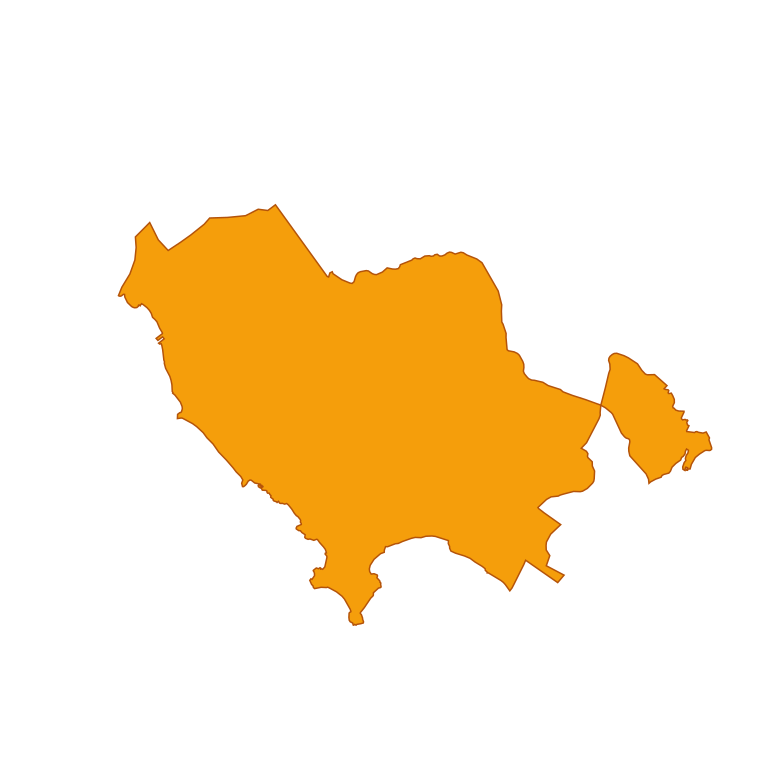 Cristo Rei, Dili, East Timor (orthographic projection), rotated 224°
{"feature_id": "22284137B23086342577141", "entity_name": "Cristo Rei", "entity_type": "district", "adm_level": 2, "iso_a3": "TLS", "parent_name": "East Timor", "parent_adm1": "Dili", "projection": "orthographic", "projection_center": [125.629, -8.561], "detail": "fine", "context": "isolated", "style": "filled", "palette": "amber", "viewbox_px": 768, "rotation_deg": 224, "n_neighbors": 0, "source": "geoboundaries", "source_scale": "gbopen_adm2", "svg_char_len": 6172}
<svg xmlns="http://www.w3.org/2000/svg" viewBox="0 0 768 768"><g transform="rotate(224 384 384)"><path d="M213.3,519.4L228.1,512.8L240.5,506.7L249.8,502.7L253.2,502.6L264.8,496.9L270.9,495.6L278.3,491.2L280.5,489.4L283.7,488.3L286.2,488.4L290.2,488.9L292.6,490.0L294.8,493.0L297.2,495.3L300.0,496.7L306.6,498.7L309.1,498.7L312.7,497.5L317.6,494.3L319.3,494.2L328.5,502.2L331.3,505.2L339.9,509.7L342.3,510.4L350.2,518.0L354.3,522.7L366.4,530.2L397.7,539.3L404.1,538.4L413.9,534.4L418.1,533.5L420.2,532.2L423.1,526.9L426.8,525.6L428.5,524.4L429.6,521.8L429.9,519.2L431.2,516.3L432.9,514.7L435.8,514.3L437.2,512.3L437.4,510.4L438.8,508.6L440.5,507.8L443.5,504.4L444.9,499.2L447.3,497.1L449.2,496.2L450.0,494.3L450.1,492.3L455.1,481.2L454.1,479.1L453.9,476.9L455.6,474.5L457.8,472.6L462.4,469.7L462.9,463.4L465.4,457.4L467.1,456.1L469.2,455.2L473.7,454.5L475.5,453.3L479.0,448.4L479.9,446.1L479.8,443.8L479.1,441.5L476.6,436.8L476.8,434.2L478.5,433.0L486.8,429.7L497.3,427.9L499.2,428.8L500.1,426.3L498.2,422.5L499.6,421.9L586.6,437.5L588.1,428.1L595.9,422.3L600.5,408.9L612.2,395.2L624.7,382.3L624.3,374.1L626.5,357.0L628.8,344.6L632.0,330.1L646.5,330.9L664.7,337.4L665.0,317.1L657.1,310.0L649.3,300.1L643.2,286.6L639.8,271.5L636.4,263.1L635.5,263.3L634.6,264.1L634.1,265.0L633.8,267.4L632.9,268.2L630.8,266.5L625.1,264.4L619.4,264.4L617.6,264.9L616.2,265.7L614.9,267.3L614.7,269.5L615.3,269.9L615.3,270.4L613.8,271.0L614.3,271.5L613.9,272.4L614.2,273.3L612.6,273.8L607.5,274.3L603.8,274.0L600.4,273.1L596.8,271.2L593.6,271.3L590.5,271.0L584.2,268.3L579.1,266.9L578.4,266.3L579.6,258.5L576.9,258.3L576.0,264.1L573.5,263.8L574.5,256.8L573.1,256.9L572.3,258.2L570.6,257.4L567.0,254.9L559.0,248.3L557.5,247.6L556.3,246.2L552.0,243.6L543.3,240.7L539.7,238.7L536.0,236.1L531.1,231.5L529.8,231.2L529.6,230.6L526.7,230.8L517.9,229.5L513.5,227.5L511.8,226.0L510.5,223.5L510.4,222.4L511.0,221.5L511.4,218.8L508.6,215.6L506.3,218.6L505.2,219.4L494.3,222.5L489.2,223.2L480.3,223.4L474.0,222.3L465.3,222.1L455.7,220.2L444.6,219.8L434.5,218.9L429.3,218.1L422.8,218.0L418.9,216.9L417.4,213.7L414.5,211.9L413.7,212.6L413.4,214.5L413.4,216.4L414.2,219.8L413.7,221.9L412.5,222.6L408.2,223.0L403.3,226.1L402.2,225.6L401.3,226.2L400.7,225.7L400.0,226.2L399.7,226.0L399.8,225.3L400.5,224.7L402.9,225.1L404.0,224.5L404.0,223.6L402.9,222.9L400.8,223.3L399.8,223.8L397.8,223.1L394.9,225.5L393.7,225.6L393.2,225.0L392.0,224.6L390.7,225.7L389.3,225.2L387.8,225.2L386.8,223.8L383.6,224.1L382.9,223.4L382.0,223.4L379.4,224.6L378.6,224.5L378.4,226.3L376.4,225.8L375.2,226.4L374.3,227.5L372.0,228.6L371.0,230.4L368.7,230.6L363.3,229.9L358.5,228.7L355.5,228.4L353.9,228.8L349.9,228.3L348.9,227.7L348.3,226.6L346.7,226.2L345.9,225.5L347.7,221.1L347.1,219.3L346.4,218.8L343.5,219.3L342.2,220.4L340.0,220.1L336.0,220.8L334.5,218.7L333.3,218.5L330.7,219.5L329.6,221.1L325.9,222.8L324.6,225.5L323.8,225.9L319.9,225.2L314.3,224.8L311.4,224.3L309.4,223.3L308.1,222.5L308.7,221.6L308.3,220.8L305.6,220.5L304.6,219.6L299.5,211.3L299.4,208.1L300.3,207.8L300.9,206.9L301.7,207.6L302.4,207.4L302.7,205.7L304.9,204.6L305.4,201.0L305.2,200.5L304.0,200.3L302.5,199.5L300.8,197.8L300.1,193.4L301.2,193.1L301.0,191.2L296.8,189.5L295.0,189.5L293.4,188.6L291.8,188.6L288.0,194.1L284.0,197.6L283.5,198.6L282.1,199.2L273.8,201.5L266.7,202.2L263.0,201.8L251.9,198.5L249.9,197.5L249.6,196.9L250.1,195.8L249.9,194.9L247.1,191.7L244.9,189.9L243.1,189.5L240.5,190.3L238.7,189.2L238.2,189.5L238.1,190.7L236.6,191.1L236.5,192.3L234.2,195.4L232.9,197.7L233.5,198.7L235.9,199.9L236.9,200.8L240.1,202.4L241.7,202.5L242.2,203.1L242.8,209.4L244.8,220.7L244.7,223.8L244.9,224.6L246.6,226.5L246.2,233.4L245.2,234.9L245.1,236.0L247.4,237.7L248.0,238.6L249.3,238.6L249.9,239.3L251.1,239.5L254.5,239.7L255.4,241.5L256.3,241.9L259.4,240.6L261.2,238.4L264.0,239.1L266.1,240.8L268.0,244.0L269.4,251.0L268.6,259.6L266.9,263.1L268.4,264.8L269.9,268.1L268.4,269.4L264.9,276.9L263.0,279.2L261.3,283.6L257.1,292.0L255.0,295.3L250.6,299.2L248.1,303.6L243.9,308.0L241.1,310.1L228.9,316.1L226.8,313.8L224.1,312.8L222.6,311.4L219.8,310.3L215.0,312.0L206.7,316.2L201.0,318.4L194.7,319.2L186.8,321.0L183.0,321.4L181.6,320.3L179.4,320.4L178.5,319.8L178.3,320.3L177.3,320.7L163.3,323.9L160.3,324.2L157.4,324.0L149.8,322.6L150.2,326.2L151.5,330.5L158.0,351.2L159.7,355.6L121.1,361.8L121.7,371.6L141.0,366.0L145.5,375.7L152.0,377.3L155.3,380.5L157.4,383.2L159.8,391.7L159.2,405.6L179.6,402.5L186.3,401.8L187.5,402.1L186.9,413.9L185.4,418.9L180.8,424.4L180.1,426.5L178.3,429.7L173.0,438.4L168.0,442.9L166.7,444.9L165.2,450.1L165.1,457.6L165.6,459.8L167.0,461.9L172.1,467.7L177.1,469.7L180.2,472.7L186.3,472.7L187.5,473.4L188.9,475.5L191.7,476.2L197.5,474.8L197.5,482.4L205.2,508.3L206.8,511.8L208.7,513.6L213.3,519.4ZM213.3,519.4L208.1,520.7L200.6,521.3L198.5,521.1L179.1,513.6L174.4,513.1L172.3,513.3L170.0,514.5L168.5,514.4L167.0,513.2L163.5,507.9L161.2,505.7L157.3,503.1L133.0,501.4L127.6,499.3L124.4,496.6L124.2,498.9L122.5,504.3L119.9,509.5L120.5,511.3L119.9,513.3L117.2,517.8L117.4,520.3L119.0,524.2L118.9,529.6L117.8,535.4L118.9,537.9L118.5,539.9L118.9,542.8L120.5,545.1L121.2,547.4L119.0,547.8L118.3,546.9L117.4,545.3L116.9,542.4L115.4,539.7L113.7,538.6L113.5,536.1L111.5,531.8L109.7,530.3L107.5,530.8L108.8,532.8L109.1,533.9L107.5,534.6L106.6,532.1L105.7,532.8L106.2,534.1L104.8,535.5L107.1,539.8L109.0,547.4L108.4,552.7L106.9,559.1L105.9,560.4L103.7,562.2L103.2,563.0L103.0,564.6L104.1,565.8L111.5,569.6L112.4,571.3L118.9,573.3L120.4,570.3L124.2,567.7L125.9,567.1L126.7,566.0L126.9,564.8L133.2,560.1L133.9,560.6L135.6,565.8L137.1,565.4L139.2,566.4L139.8,567.2L140.0,568.7L140.8,568.9L141.9,567.8L142.8,567.7L144.3,565.6L145.6,565.6L146.6,566.2L148.7,572.3L149.3,572.8L153.2,569.3L154.6,568.6L156.1,567.9L158.5,568.1L159.5,567.7L160.9,568.5L162.2,572.3L164.5,574.6L168.3,576.2L171.0,577.0L172.4,575.0L173.5,575.0L174.6,577.1L175.6,577.2L177.9,575.5L179.2,575.1L179.3,579.4L195.9,578.7L200.9,573.6L202.8,572.7L207.9,572.9L215.7,574.6L226.3,572.6L231.0,571.1L237.9,567.8L239.6,565.9L240.3,563.9L240.6,561.0L240.1,558.8L238.8,557.0L235.4,555.2L231.5,551.6L229.8,547.9L222.0,534.8L213.3,519.4Z" fill="#f59e0b" stroke="#b45309" stroke-width="1.5"/></g></svg>